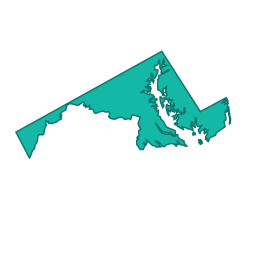 the State of Maryland, rotated 331°
{"feature_id": "USA-3557", "entity_name": "Maryland", "entity_type": "State", "adm_level": 1, "iso_a3": "USA", "parent_name": "United States of America", "parent_adm1": "", "projection": "natural_earth1", "projection_center": [-76.6, 38.826], "detail": "fine", "context": "isolated", "style": "filled", "palette": "teal", "viewbox_px": 256, "rotation_deg": 331, "n_neighbors": 0, "source": "natural_earth", "source_scale": "10m", "svg_char_len": 6025}
<svg xmlns="http://www.w3.org/2000/svg" viewBox="0 0 256 256"><g transform="rotate(331 128 128)"><path d="M201.3,176.7L195.0,176.2L191.8,178.7L191.0,177.6L192.3,175.1L191.1,175.9L190.5,175.5L192.0,173.0L193.9,172.2L197.0,168.5L196.3,168.4L194.6,169.7L192.3,170.1L192.0,169.7L192.0,169.3L193.3,168.3L193.5,167.7L193.3,167.4L195.5,166.6L195.3,166.0L194.7,165.8L190.1,166.0L189.2,166.2L188.8,167.6L188.4,167.7L188.0,167.1L188.5,163.8L193.5,161.6L190.8,161.0L189.9,160.6L189.5,159.4L190.2,156.9L192.1,153.6L192.4,151.9L191.5,152.0L191.0,153.7L188.4,156.8L187.0,160.7L186.7,158.8L185.4,157.0L185.7,156.3L187.0,155.8L187.3,154.9L186.9,153.6L185.7,154.3L183.6,157.3L184.4,158.1L184.5,159.6L183.6,161.6L181.6,158.7L179.9,157.9L179.2,156.5L175.7,152.6L175.2,153.1L175.9,155.6L175.7,156.8L175.2,155.3L172.4,150.9L171.8,149.0L170.8,147.9L170.7,146.7L172.2,146.5L172.8,148.3L173.3,148.4L174.2,145.3L177.0,144.0L176.7,143.4L177.4,142.7L177.1,141.9L176.2,141.7L175.7,141.8L174.8,143.1L172.3,142.9L173.6,140.9L172.6,139.4L175.4,139.8L177.9,139.0L177.0,139.8L177.9,140.6L178.8,140.4L180.0,141.5L181.0,141.2L182.8,142.6L184.7,142.7L186.6,140.4L187.3,137.8L186.9,137.5L185.2,140.6L184.1,141.2L180.5,139.4L181.0,137.5L179.1,138.2L178.2,137.8L180.4,135.9L177.7,136.2L177.3,135.5L177.8,134.7L177.6,133.6L176.2,136.5L174.5,134.3L174.9,133.1L176.1,133.3L174.6,131.9L173.7,132.3L172.8,134.3L172.0,133.9L171.7,132.2L172.1,130.8L171.2,131.7L171.1,133.1L170.4,134.1L170.4,136.4L169.7,136.6L169.8,133.5L171.4,128.2L173.4,126.2L173.7,126.3L173.4,127.2L175.6,129.0L175.6,130.1L177.4,131.9L179.3,131.0L180.3,129.4L180.1,128.5L178.6,130.0L177.2,130.3L176.4,128.7L176.7,126.8L180.4,125.0L178.2,124.1L178.5,122.4L177.9,122.3L177.4,124.0L176.2,125.0L176.3,121.8L174.8,120.8L174.0,120.9L172.8,122.2L170.3,122.9L170.3,125.8L168.2,127.1L169.0,121.0L170.9,116.5L171.8,116.6L172.3,118.7L175.4,119.6L176.2,119.3L178.3,117.6L178.5,116.5L177.6,114.9L179.1,114.6L178.8,114.2L182.2,109.9L179.3,111.5L178.2,111.1L178.8,110.3L177.2,111.1L175.6,115.2L175.9,117.3L175.3,117.4L174.2,116.3L174.7,114.8L174.5,112.6L174.2,111.0L172.8,109.6L172.8,108.6L175.5,103.3L177.0,101.8L177.2,100.2L179.1,99.4L180.4,97.1L183.9,97.6L191.5,97.7L192.4,97.1L191.3,96.6L184.8,96.6L183.6,95.9L186.3,92.6L188.1,91.3L192.4,92.1L190.4,90.3L189.9,89.3L191.8,87.7L192.7,85.1L191.6,85.5L189.4,88.6L185.1,92.5L185.1,90.7L187.2,87.1L188.1,83.9L187.3,84.1L186.1,86.0L184.7,87.1L181.4,86.6L179.7,90.1L182.2,91.5L182.1,92.2L179.6,94.9L175.7,97.5L174.9,96.7L174.8,95.6L175.4,91.7L174.6,91.3L173.7,92.4L173.1,96.7L174.0,98.7L172.3,100.6L171.9,97.9L171.0,95.3L170.4,95.1L167.0,95.9L169.9,97.2L169.8,98.3L170.1,98.3L168.2,99.4L168.4,100.4L165.9,99.8L165.7,100.1L167.5,102.8L167.0,103.6L165.1,101.3L163.3,100.6L164.9,103.6L166.1,104.6L167.2,104.7L164.8,107.1L165.0,105.8L164.5,105.7L163.9,106.4L162.6,106.3L162.9,105.3L159.3,102.6L156.9,103.4L159.3,104.3L159.6,105.9L160.9,106.2L161.7,108.1L162.8,109.0L163.4,108.7L165.5,110.7L166.2,113.1L165.6,114.3L165.1,113.1L164.5,113.0L162.6,113.7L161.7,113.3L161.8,113.9L166.6,116.0L167.3,116.7L167.1,117.3L165.0,117.8L164.5,118.8L162.0,116.9L160.2,113.8L159.4,114.4L159.3,115.9L160.6,116.3L163.2,118.9L163.9,120.8L164.7,121.3L164.1,121.9L164.4,123.1L162.5,122.3L161.4,120.9L159.9,120.5L159.4,120.8L160.9,121.7L162.8,123.9L162.7,124.9L160.8,124.3L161.5,125.5L160.8,126.3L161.1,127.2L162.9,126.9L162.8,128.0L161.1,130.4L160.2,130.8L160.3,132.0L161.6,133.7L161.2,136.5L162.1,139.2L162.0,144.9L162.7,146.7L167.9,153.0L167.4,154.8L166.2,156.6L164.7,156.4L163.8,155.8L163.9,154.2L163.3,152.6L160.6,151.6L156.3,147.9L154.3,136.3L154.7,147.2L155.4,149.3L157.1,150.8L158.6,152.2L162.1,154.0L162.8,156.1L164.8,158.2L166.8,157.3L168.3,157.9L167.2,159.7L167.4,160.9L167.7,161.9L170.7,166.9L169.8,168.0L170.6,172.3L169.3,171.6L167.3,169.0L166.4,168.7L165.5,167.3L165.9,165.8L165.6,164.0L164.5,163.1L164.9,164.8L164.0,166.9L162.4,165.4L161.8,167.3L161.2,166.9L160.4,164.4L159.7,163.5L157.2,162.1L153.6,161.3L151.0,161.9L148.7,160.4L148.9,159.1L147.7,154.2L145.2,152.2L146.8,156.0L147.1,160.2L143.4,158.3L143.3,157.0L141.0,155.3L138.4,147.5L138.1,149.0L137.1,150.5L135.5,151.6L135.0,151.5L135.3,148.7L135.0,148.3L133.7,149.1L134.7,150.3L133.7,152.2L130.6,154.2L128.2,152.5L127.7,146.8L129.5,143.2L131.4,143.2L132.2,142.1L130.5,142.7L131.5,140.5L134.1,139.8L135.8,135.7L137.8,135.1L139.3,135.3L138.3,134.7L138.7,132.8L139.3,132.6L138.6,131.4L139.0,130.0L138.8,129.3L144.0,124.2L138.0,118.4L134.4,121.9L133.2,120.1L129.3,118.9L128.5,116.5L127.5,115.4L124.8,114.3L120.8,113.9L119.7,113.3L117.4,111.1L116.6,109.5L116.9,108.5L119.1,106.4L119.2,105.2L118.8,104.3L116.0,103.1L114.6,101.2L110.7,100.0L107.5,99.8L106.6,99.4L105.9,98.3L106.5,95.1L106.1,94.2L103.4,92.8L104.4,92.0L104.1,90.7L105.1,89.7L102.8,90.0L102.2,89.3L102.7,88.2L102.0,87.4L101.0,89.0L100.1,86.2L102.1,85.2L102.3,84.4L101.6,83.5L100.6,83.2L99.5,83.9L98.3,83.6L96.1,84.1L94.2,83.2L90.8,79.8L88.7,78.4L86.4,78.3L85.1,78.9L82.1,82.2L79.3,81.8L75.1,82.8L76.3,84.5L74.1,85.0L74.0,85.8L75.1,86.3L73.5,87.9L70.2,87.5L68.6,88.2L63.8,87.2L60.9,85.5L60.5,84.5L61.4,83.6L59.7,82.0L58.0,84.7L58.2,86.0L56.3,86.7L51.3,92.4L50.1,92.6L47.3,90.8L44.8,91.7L43.3,94.4L41.5,96.1L37.9,98.3L36.2,100.8L33.6,101.4L28.5,105.8L27.3,106.4L28.0,77.3L194.7,77.3L199.2,148.7L226.9,149.1L226.9,149.4L226.6,150.3L225.3,150.0L226.2,151.7L226.0,152.4L223.2,151.2L222.5,151.6L224.7,152.5L225.0,153.7L224.4,154.2L226.1,154.3L226.4,155.8L223.3,161.6L221.8,161.6L222.2,160.0L220.1,161.3L219.1,165.3L217.6,168.5L216.0,168.2L214.6,169.7L214.8,170.1L213.6,173.9L202.8,175.0L201.3,176.7ZM218.8,173.5L221.7,168.9L222.6,165.3L225.5,158.9L226.5,157.6L223.0,166.4L222.2,169.7L219.7,173.4L218.8,173.5ZM185.6,177.4L184.3,177.0L184.5,177.4L183.3,177.4L183.0,175.1L183.9,174.8L184.7,175.3L185.2,174.7L183.5,173.6L183.5,173.1L184.5,172.6L185.9,173.7L186.2,175.2L185.6,177.4ZM183.8,166.4L181.5,165.7L181.7,164.4L183.1,163.4L184.2,164.7L183.8,166.4ZM228.7,149.1L228.4,152.8L227.1,155.7L228.1,149.1L228.7,149.1Z" fill="#14b8a6" stroke="#0f766e" stroke-width="1.5"/></g></svg>